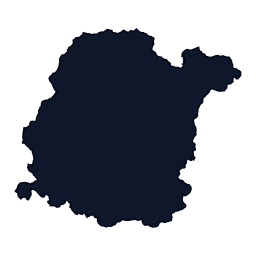 Luc Ngan, Bắc Giang, Vietnam (orthographic projection)
{"feature_id": "81297802B38321972927223", "entity_name": "Luc Ngan", "entity_type": "district", "adm_level": 2, "iso_a3": "VNM", "parent_name": "Vietnam", "parent_adm1": "Bắc Giang", "projection": "orthographic", "projection_center": [106.634, 21.437], "detail": "fine", "context": "isolated", "style": "filled", "palette": "ink", "viewbox_px": 256, "rotation_deg": 0, "n_neighbors": 0, "source": "geoboundaries", "source_scale": "gbopen_adm2", "svg_char_len": 5707}
<svg xmlns="http://www.w3.org/2000/svg" viewBox="0 0 256 256"><path d="M57.8,69.8L55.4,72.9L53.1,73.4L51.6,75.4L49.9,76.8L49.5,77.5L49.2,78.6L49.6,80.1L50.1,81.0L52.7,84.6L53.3,86.5L54.8,89.5L55.5,90.6L56.8,91.7L55.5,93.2L54.7,94.7L50.5,99.2L49.5,98.7L49.3,99.2L48.2,100.0L46.3,100.2L43.0,101.2L42.4,101.6L41.5,103.7L41.4,106.6L40.1,107.4L39.7,109.2L38.6,110.7L39.0,113.3L37.9,114.7L37.2,116.0L36.1,120.7L35.8,121.2L34.7,121.8L33.0,121.3L30.9,121.6L29.8,123.6L30.1,124.9L28.9,126.2L26.5,127.7L25.0,127.9L24.1,127.7L23.3,132.3L23.1,135.9L22.8,137.3L23.5,138.8L23.5,139.5L22.6,142.5L22.6,143.0L24.3,143.0L25.6,144.1L27.5,146.4L29.1,147.0L29.4,148.2L30.8,149.7L32.4,150.2L32.4,151.9L33.3,154.8L34.1,158.6L34.2,159.5L33.5,160.3L33.5,161.7L32.8,163.5L33.3,165.1L32.9,165.3L31.1,164.8L29.2,165.0L28.3,164.4L28.4,165.9L27.8,166.9L27.8,167.7L29.0,170.4L29.7,171.1L32.0,172.5L33.5,172.0L33.2,172.7L33.3,174.6L35.0,176.0L35.9,177.5L37.4,178.7L37.5,180.0L36.5,181.0L35.0,181.3L32.2,184.4L32.1,184.0L32.4,183.1L32.1,183.0L31.0,184.2L28.7,183.4L25.6,182.6L23.6,182.6L20.1,183.2L18.1,185.6L17.3,188.2L16.9,189.1L15.4,190.9L15.4,191.4L17.6,192.6L17.9,193.3L18.4,196.3L19.2,197.3L20.0,197.7L20.8,198.8L22.6,197.2L24.7,196.9L26.0,197.5L26.9,199.1L27.8,199.8L28.3,199.6L30.9,195.0L31.0,192.9L30.5,191.0L30.9,190.1L31.8,189.4L33.1,189.2L34.8,189.9L36.0,190.6L40.9,196.1L42.2,196.9L43.2,197.1L43.8,196.9L45.1,195.1L45.5,194.0L46.5,194.1L49.4,196.2L49.2,197.7L49.3,198.4L50.0,199.6L50.0,200.2L49.5,200.9L48.1,201.3L47.8,201.8L48.9,203.6L50.4,203.7L50.6,204.4L50.2,205.6L55.1,205.7L56.2,206.8L56.8,207.1L58.8,206.9L59.8,206.2L60.1,205.1L60.7,204.4L62.9,204.2L65.0,202.8L65.4,200.9L65.8,200.3L67.7,200.8L70.1,203.4L71.9,204.4L71.8,204.8L70.7,205.0L70.3,205.5L70.0,207.3L70.4,207.6L71.7,207.9L71.7,209.0L71.9,209.7L75.5,213.8L77.2,214.3L77.8,213.1L78.7,212.9L80.5,214.0L82.1,214.3L84.0,212.9L84.9,212.9L86.6,216.8L87.3,217.2L87.9,216.4L89.2,216.1L90.5,215.1L92.3,215.1L92.9,214.6L93.7,214.5L94.6,217.1L96.8,217.8L97.9,218.5L97.5,220.6L98.1,222.4L98.8,223.5L101.3,225.6L103.5,225.8L106.3,226.9L106.7,226.8L107.5,225.9L109.1,226.2L111.3,226.1L113.5,224.9L114.8,224.7L116.9,221.8L119.7,221.6L122.6,219.4L125.4,220.2L128.4,220.3L134.4,219.3L135.6,219.4L137.8,220.2L138.8,220.1L141.4,219.0L141.8,219.3L142.7,222.6L143.4,223.8L144.5,225.0L148.8,224.9L149.5,225.2L150.0,226.1L151.3,226.4L152.4,227.0L155.9,226.6L156.9,226.3L158.1,225.3L158.5,224.7L158.6,223.4L160.5,221.9L162.4,221.6L164.2,222.3L165.5,222.2L166.6,221.7L171.0,220.5L171.3,220.2L171.9,217.3L171.1,214.5L171.4,213.7L172.4,213.0L174.0,212.3L175.4,210.9L177.2,211.0L179.4,210.0L180.6,209.8L182.6,208.8L185.5,206.8L185.7,205.4L185.5,204.7L184.6,204.2L182.9,202.3L182.4,201.0L182.1,199.6L182.5,196.9L182.5,194.4L183.5,195.4L184.3,195.6L185.1,195.6L187.1,194.7L189.4,192.8L190.4,191.3L190.9,189.6L191.0,187.4L190.3,186.6L189.3,185.0L187.3,184.6L184.3,182.9L182.5,180.6L180.7,180.5L177.6,178.2L177.4,177.7L179.6,173.6L179.6,173.2L178.6,171.5L178.8,170.5L181.6,168.0L184.3,167.8L185.1,167.2L184.7,165.0L186.2,163.0L186.2,161.8L185.9,160.8L186.1,160.4L188.4,158.8L189.2,158.9L190.0,160.0L190.6,160.4L191.1,160.4L191.7,159.9L191.3,159.1L192.0,158.6L193.1,159.6L193.7,159.9L194.1,158.7L194.8,158.0L194.7,157.4L194.4,157.0L193.0,156.4L193.4,154.3L192.8,151.6L193.2,150.7L194.8,150.1L195.3,149.7L194.6,146.8L195.0,144.3L194.7,143.8L193.0,142.7L192.3,141.4L192.3,140.5L193.6,137.4L196.0,134.5L196.0,134.2L195.4,133.0L196.0,130.6L195.5,127.4L194.0,124.8L193.4,121.1L193.4,119.3L196.5,117.1L197.4,115.8L197.5,115.0L197.1,113.8L197.6,112.8L197.9,108.8L199.2,106.5L199.8,104.8L200.9,103.6L202.4,102.5L202.8,98.3L209.0,92.1L209.9,89.5L211.2,88.9L212.4,88.7L218.6,91.0L219.4,91.1L224.3,90.7L225.9,88.6L226.7,87.8L226.8,85.4L227.4,84.0L230.5,83.7L232.9,81.7L232.8,78.3L233.2,77.6L233.9,77.0L234.6,76.9L236.5,78.7L236.8,78.9L237.6,78.8L240.3,75.8L240.6,75.3L240.6,73.3L240.6,72.1L239.7,71.0L237.6,70.2L236.7,69.1L236.1,69.4L235.3,68.8L233.8,68.7L232.9,67.7L232.4,65.4L232.5,64.3L231.5,62.6L231.6,61.1L229.2,57.3L226.2,57.1L222.9,55.9L221.5,56.2L221.6,56.8L221.0,57.0L218.7,55.8L217.4,55.6L216.2,55.7L211.8,57.3L209.0,57.5L207.7,56.7L206.9,56.7L205.4,56.0L205.1,54.9L204.3,54.2L202.1,53.5L201.3,51.9L199.8,51.1L199.1,50.2L198.6,47.3L191.5,50.2L189.0,50.1L187.6,49.6L186.5,49.7L184.3,51.1L182.6,53.0L182.2,54.5L182.1,56.2L182.9,55.7L183.2,55.9L183.3,57.0L183.9,57.8L183.3,58.8L184.2,59.1L184.2,60.1L184.9,60.2L185.2,60.5L184.4,61.3L183.8,60.7L183.5,61.1L183.5,61.5L184.5,62.4L183.5,63.2L184.3,63.9L184.3,64.3L184.1,64.5L182.8,64.5L183.6,65.4L183.7,65.9L182.5,67.2L182.0,68.1L180.0,68.4L178.4,67.5L175.2,67.5L173.4,66.7L170.8,66.1L170.3,65.7L170.1,63.3L168.0,61.8L166.4,59.8L164.2,59.5L163.5,58.8L162.2,58.3L161.0,57.0L159.7,57.3L158.7,56.6L157.8,56.7L156.1,54.7L155.3,52.7L152.2,50.6L151.7,49.5L151.7,48.7L152.4,46.2L153.7,44.1L153.2,41.2L153.8,39.1L153.7,38.1L153.4,37.8L151.9,37.3L151.3,36.7L149.6,36.4L147.6,35.6L146.6,34.2L144.8,33.6L143.3,32.7L142.4,32.8L140.2,32.3L138.9,31.5L136.3,29.0L135.3,30.2L133.3,31.4L132.5,31.5L131.0,30.5L129.1,32.1L128.7,32.2L126.7,32.2L124.3,30.6L122.9,30.5L122.1,31.7L121.6,32.1L120.0,32.6L118.4,33.6L117.9,33.7L116.2,33.2L112.7,32.7L112.3,32.3L112.0,30.8L109.7,30.1L107.0,29.6L105.9,30.9L105.0,31.1L103.6,32.1L100.7,32.2L99.9,32.7L98.7,32.9L97.8,34.1L95.3,34.5L94.0,34.0L93.8,35.0L90.9,34.5L89.4,33.9L86.5,33.6L83.4,32.7L82.8,34.4L82.4,34.9L79.9,37.0L78.4,37.7L75.8,37.8L75.0,39.1L73.2,40.2L73.5,42.7L73.4,43.7L71.4,46.2L68.9,47.5L68.6,48.7L67.7,49.6L67.6,50.2L68.0,50.8L67.9,51.2L66.8,52.7L65.6,53.6L64.5,55.1L62.5,54.9L61.4,56.0L60.0,58.3L59.6,60.8L60.1,62.4L59.3,63.7L59.4,65.9L58.8,66.8L57.8,69.8Z" fill="#0f172a" stroke="#020617" stroke-width="1.5"/></svg>